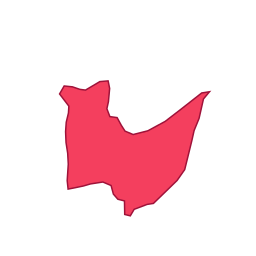 Lilla Edet, Västra Götaland, Sweden (Equal Earth projection), rotated 319°
{"feature_id": "70781695B92226486656888", "entity_name": "Lilla Edet", "entity_type": "district", "adm_level": 2, "iso_a3": "SWE", "parent_name": "Sweden", "parent_adm1": "Västra Götaland", "projection": "equal_earth", "projection_center": [12.169, 58.174], "detail": "fine", "context": "isolated", "style": "filled", "palette": "rose", "viewbox_px": 256, "rotation_deg": 319, "n_neighbors": 0, "source": "geoboundaries", "source_scale": "gbopen_adm2", "svg_char_len": 744}
<svg xmlns="http://www.w3.org/2000/svg" viewBox="0 0 256 256"><g transform="rotate(319 128 128)"><path d="M97.7,201.6L110.8,200.9L130.6,199.8L143.5,196.6L155.3,188.3L168.2,179.2L176.2,173.3L187.9,167.4L204.0,155.6L213.3,154.1L206.6,149.9L180.6,148.6L160.4,147.4L141.1,143.1L127.6,136.3L123.7,128.4L124.7,121.6L126.6,113.0L121.8,107.5L124.7,99.6L130.5,95.3L140.1,86.1L143.9,79.4L137.2,74.5L120.8,71.5L117.0,67.2L113.1,60.5L107.4,54.4L98.7,57.4L97.7,72.7L92.9,77.6L85.2,83.1L78.5,89.8L71.7,98.3L65.9,107.5L59.2,116.1L47.6,127.8L42.7,134.8L48.6,138.2L56.3,142.5L63.0,145.6L73.6,152.3L77.5,160.3L73.6,168.3L73.6,175.1L77.5,180.7L68.8,191.1L72.1,195.8L79.3,193.4L92.3,198.2L97.7,201.6Z" fill="#f43f5e" stroke="#9f1239" stroke-width="1.5"/></g></svg>